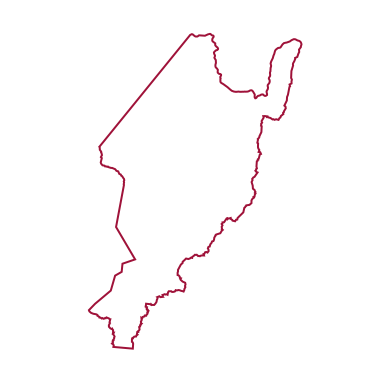 outline of Ialibu/Pangia District, Southern Highlands, Papua New Guinea, rotated 275°
{"feature_id": "67681753B63732128792542", "entity_name": "Ialibu/Pangia District", "entity_type": "district", "adm_level": 2, "iso_a3": "PNG", "parent_name": "Papua New Guinea", "parent_adm1": "Southern Highlands", "projection": "albers", "projection_center": [144.242, -6.409], "detail": "fine", "context": "isolated", "style": "outline", "palette": "rose", "viewbox_px": 384, "rotation_deg": 275, "n_neighbors": 0, "source": "geoboundaries", "source_scale": "gbopen_adm2", "svg_char_len": 6009}
<svg xmlns="http://www.w3.org/2000/svg" viewBox="0 0 384 384"><g transform="rotate(275 192 192)"><path d="M348.3,176.5L229.0,95.8L228.8,96.1L226.0,96.5L224.3,98.0L223.4,98.0L223.1,98.4L220.9,99.1L218.8,98.2L217.9,99.2L213.5,98.5L212.3,99.0L210.8,100.5L210.6,102.6L209.9,103.2L210.0,104.2L209.7,105.4L210.0,106.0L209.5,106.6L208.9,109.4L209.0,110.4L208.0,113.5L206.5,114.9L206.1,116.7L203.7,118.0L203.2,119.5L202.0,120.2L201.7,121.0L199.6,122.6L199.3,123.0L197.9,123.5L196.6,123.1L195.7,123.5L193.7,123.3L193.2,123.6L150.5,119.4L119.9,141.2L114.5,129.0L106.3,128.9L102.0,122.7L86.7,119.7L72.2,105.2L65.3,99.6L64.1,100.2L62.8,102.0L62.1,104.3L61.9,106.5L61.7,107.7L61.0,108.7L60.5,108.6L59.5,110.6L58.9,110.7L58.8,112.0L58.1,113.1L58.6,113.9L58.0,114.9L58.4,116.1L58.9,116.4L58.8,117.2L59.6,117.7L58.8,120.3L58.1,121.0L58.1,121.7L55.0,121.2L54.3,121.7L53.9,121.4L53.2,121.3L52.1,120.8L50.5,121.0L49.1,122.5L48.5,123.8L48.9,124.4L48.4,124.6L47.6,125.4L46.6,125.4L46.3,125.7L44.3,125.5L44.6,126.2L43.4,125.8L42.1,127.0L41.1,127.5L40.2,127.1L39.1,127.2L37.5,126.2L37.2,126.7L35.7,125.9L34.9,126.4L34.0,125.6L33.5,126.6L32.5,127.4L30.8,127.2L30.8,146.7L35.6,146.6L37.0,146.1L37.5,145.2L40.1,145.0L40.8,145.7L41.2,145.3L42.1,146.4L42.9,147.1L43.2,148.9L44.2,149.1L45.1,150.1L45.5,149.5L47.8,149.7L47.9,150.6L48.6,150.4L48.8,150.8L50.3,151.7L51.7,151.5L52.4,151.2L53.1,151.2L53.5,152.0L54.2,151.9L54.5,152.2L54.9,152.0L55.2,152.4L56.4,153.2L56.5,152.5L58.2,152.6L58.6,152.4L59.8,153.0L62.0,152.6L61.6,153.2L62.3,153.3L62.4,153.6L63.2,153.7L63.9,155.5L64.8,155.7L64.8,157.2L66.1,157.5L66.5,158.1L68.6,158.6L68.6,158.1L69.0,158.2L69.9,159.0L70.7,158.3L70.0,158.1L71.4,157.0L73.1,157.2L73.0,156.7L73.5,156.5L73.7,155.8L74.4,155.8L75.2,156.0L76.7,156.0L76.6,160.0L76.1,161.0L76.5,161.1L76.0,161.6L76.2,164.2L77.7,165.3L79.4,166.2L81.6,166.4L82.5,166.8L84.0,167.0L84.3,166.6L85.3,168.6L84.5,169.7L85.0,172.1L85.4,171.7L86.2,172.0L86.8,171.6L87.8,173.7L87.5,174.4L87.9,175.6L87.5,176.6L90.0,176.9L91.1,177.5L91.3,180.0L90.7,180.8L90.9,182.4L91.5,183.7L92.8,184.3L92.6,185.4L93.2,187.3L92.9,188.9L92.6,189.7L92.4,191.3L92.1,192.3L93.8,192.9L94.5,192.8L96.7,193.7L97.7,193.2L99.5,193.6L101.0,193.1L101.9,190.5L103.4,188.5L104.2,188.0L105.1,188.5L105.4,187.4L106.7,187.1L107.8,185.9L108.0,184.9L110.2,184.7L111.9,185.0L113.1,184.8L118.7,187.2L120.4,188.8L121.7,188.8L123.3,190.3L125.2,191.9L124.9,194.2L125.6,195.7L126.5,196.7L126.4,197.8L127.1,197.7L129.0,199.8L129.7,200.3L129.7,201.3L129.9,202.2L128.7,203.7L128.9,204.2L128.7,205.5L129.2,206.0L129.7,207.6L129.8,209.5L131.2,208.9L131.5,209.7L133.1,210.3L133.5,211.4L133.0,212.7L134.6,213.7L136.2,213.4L137.2,212.7L138.8,213.2L139.2,214.4L141.5,214.8L142.8,215.8L144.5,216.3L145.0,217.6L146.4,218.1L148.6,218.2L150.6,219.3L150.9,219.1L151.7,219.7L153.4,223.8L156.0,225.0L156.9,225.9L157.6,224.9L158.1,225.1L159.9,224.6L161.5,225.3L162.7,224.3L164.0,225.4L164.4,225.2L164.7,226.6L168.5,228.7L168.0,229.5L169.0,229.8L168.7,230.8L169.5,232.8L168.5,233.0L167.8,234.4L167.0,234.9L166.6,237.5L168.2,238.3L168.5,239.5L170.1,239.7L176.2,244.9L180.8,245.5L181.4,246.2L182.3,246.5L182.6,247.0L183.4,247.2L184.2,250.4L186.1,252.2L188.8,252.0L190.5,252.8L191.8,254.2L192.4,253.7L193.1,254.7L194.7,254.8L196.1,255.4L196.6,254.7L197.6,255.2L198.2,254.7L199.5,254.1L200.6,252.4L203.7,251.9L207.1,250.5L209.2,251.3L210.2,250.8L211.8,251.8L212.6,253.0L217.2,255.6L217.6,254.4L218.7,253.3L219.7,254.0L220.4,253.9L221.2,254.6L223.0,254.0L228.2,253.9L228.8,254.6L229.4,254.5L229.9,255.2L230.5,254.9L231.2,255.6L235.3,256.3L235.9,257.4L237.6,256.5L237.7,254.9L239.7,255.4L241.1,254.3L242.5,253.8L246.2,253.6L246.7,252.8L250.0,253.2L250.5,252.9L252.1,254.2L253.4,254.3L257.7,255.9L263.5,255.7L264.0,255.0L264.7,255.2L265.8,254.9L267.2,255.8L267.7,255.4L268.8,255.2L272.3,256.9L273.8,256.4L274.0,258.1L273.9,259.7L273.3,260.0L273.8,260.8L273.0,261.3L272.6,263.7L271.3,265.9L271.6,266.8L271.1,267.9L271.8,269.5L271.4,271.9L273.1,272.6L274.0,273.6L275.4,273.9L277.6,276.2L278.2,275.9L279.0,275.9L279.4,276.5L280.5,276.6L283.5,278.1L285.2,277.7L286.1,276.5L291.4,278.5L294.9,278.4L297.2,279.1L305.1,279.9L305.8,280.5L307.6,279.8L308.8,281.7L310.8,281.5L312.7,281.7L314.3,280.8L321.2,280.5L326.9,281.7L327.9,281.4L329.0,281.5L331.2,282.5L333.5,283.2L334.5,283.0L335.7,285.1L339.0,285.9L340.8,286.6L343.2,286.2L345.8,287.8L346.8,287.8L348.5,288.2L349.6,287.9L350.8,287.2L351.4,286.5L351.9,285.5L352.2,283.8L352.9,282.3L353.2,281.2L353.1,280.0L351.9,277.9L350.5,276.3L349.1,273.2L348.9,272.3L348.3,270.6L346.9,269.3L343.8,267.6L343.4,267.0L343.1,265.6L342.8,264.9L341.0,263.0L339.7,262.4L336.7,261.9L335.0,261.3L332.3,260.8L328.9,259.5L326.9,259.1L324.7,259.8L323.7,259.8L322.6,259.5L318.9,259.6L318.2,259.3L317.2,259.3L315.9,259.6L314.4,259.7L312.4,258.7L311.5,258.7L310.2,259.6L308.5,259.8L307.3,259.5L305.3,258.2L304.3,258.1L302.9,258.6L301.3,258.6L298.8,257.5L297.6,257.7L296.3,258.2L295.2,258.3L294.2,257.1L294.1,256.2L294.5,255.3L295.4,254.1L295.1,252.5L294.1,251.2L293.5,249.4L292.6,248.5L291.4,247.9L290.9,247.2L290.9,246.8L292.0,246.1L294.6,246.0L297.3,244.1L298.2,243.2L298.5,242.4L298.3,241.2L297.3,239.7L296.9,238.7L296.6,236.8L296.6,235.6L296.4,235.0L296.0,230.9L296.1,229.7L295.6,227.1L295.7,225.0L296.3,222.8L297.7,220.7L299.5,218.3L302.2,213.8L303.2,211.7L303.6,211.2L304.3,210.7L307.3,210.4L307.6,210.6L309.0,210.1L310.6,210.8L311.5,210.7L312.0,209.8L312.0,208.9L312.3,208.3L313.1,207.3L313.7,207.1L315.9,207.1L317.1,206.2L318.0,205.1L318.6,204.6L319.7,204.3L321.2,204.3L322.6,204.6L325.5,204.2L327.2,202.9L327.8,202.6L329.0,203.0L330.0,203.0L331.7,202.0L332.9,201.7L333.5,202.0L335.2,203.5L335.7,204.8L336.4,205.4L337.0,205.5L338.1,204.9L338.9,203.7L339.7,202.8L340.4,202.3L342.1,202.2L343.8,199.5L344.5,199.0L345.8,198.9L346.6,199.0L348.4,200.0L349.0,200.0L349.4,199.8L349.7,199.4L349.9,198.0L351.0,196.7L351.1,196.1L350.4,194.1L348.8,191.3L348.7,185.4L347.4,183.9L347.2,182.2L347.5,181.2L349.1,178.9L349.2,178.0L348.3,176.5Z" fill="none" stroke="#9f1239" stroke-width="2"/></g></svg>